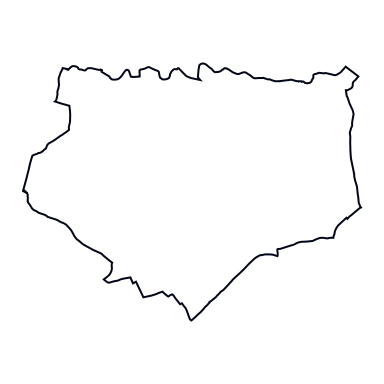 Saulia, Mures, Romania (Equal Earth projection)
{"feature_id": "2599482B86871181031429", "entity_name": "Saulia", "entity_type": "district", "adm_level": 2, "iso_a3": "ROU", "parent_name": "Romania", "parent_adm1": "Mures", "projection": "equal_earth", "projection_center": [24.211, 46.629], "detail": "fine", "context": "isolated", "style": "outline", "palette": "ink", "viewbox_px": 384, "rotation_deg": 0, "n_neighbors": 0, "source": "geoboundaries", "source_scale": "gbopen_adm2", "svg_char_len": 5754}
<svg xmlns="http://www.w3.org/2000/svg" viewBox="0 0 384 384"><path d="M361.0,207.5L360.1,206.2L358.8,203.0L358.6,201.3L358.2,197.0L357.6,193.0L357.2,188.5L356.8,186.0L355.1,180.5L354.3,176.9L354.2,174.4L354.2,173.8L353.8,173.1L353.9,172.7L351.0,158.7L350.7,155.5L350.4,150.3L350.3,146.0L350.2,143.1L350.3,136.4L350.2,135.7L349.8,132.9L350.0,131.8L350.4,130.8L350.8,128.9L351.7,126.8L352.1,126.0L352.2,125.2L352.1,124.2L352.1,122.5L353.6,114.0L352.8,110.6L352.0,108.7L351.5,107.9L350.6,105.7L349.6,103.7L347.9,98.5L347.1,96.5L346.7,96.0L345.9,90.2L347.1,90.3L348.3,89.8L349.4,89.2L350.2,88.9L351.8,87.7L352.5,86.6L352.7,85.2L352.8,83.3L353.1,82.4L353.6,81.6L354.3,80.9L355.4,80.0L358.4,76.4L345.7,66.7L340.6,72.4L338.6,73.6L336.6,74.8L335.5,75.1L334.7,75.2L327.3,73.4L325.1,73.0L324.2,73.4L319.2,72.8L318.8,72.9L318.2,73.2L317.4,73.3L316.1,73.9L315.0,74.0L313.9,74.5L313.6,74.8L313.3,75.2L313.3,76.0L313.4,77.2L313.2,78.2L312.7,78.7L312.2,79.5L312.1,80.0L311.8,80.3L311.4,81.5L311.0,82.0L310.0,82.7L308.6,83.0L307.4,83.3L306.2,83.2L304.9,82.8L304.3,82.3L303.8,81.8L303.3,81.5L302.4,81.5L301.9,81.9L301.0,81.2L298.8,81.3L298.5,81.5L297.9,81.1L296.2,81.1L292.7,80.0L291.8,79.9L291.2,79.7L290.4,79.7L289.6,80.0L286.3,80.3L284.2,80.6L280.5,81.0L280.2,81.2L279.9,81.3L279.6,81.3L279.1,81.1L276.8,81.3L275.8,81.2L274.7,81.1L272.3,80.4L269.6,79.3L268.0,79.4L267.0,79.1L266.5,78.9L266.1,78.7L264.6,78.4L263.5,77.8L262.6,78.0L259.2,78.0L255.0,78.3L253.9,78.1L252.5,77.3L250.9,75.8L246.2,72.8L245.5,72.4L243.4,72.3L238.8,74.0L237.0,74.0L235.8,73.5L233.7,72.7L232.5,72.1L230.5,70.7L228.0,69.1L227.3,68.9L226.6,68.3L226.3,68.3L225.9,68.4L225.6,68.4L225.0,68.2L224.6,68.2L223.1,69.3L222.8,69.7L222.2,69.7L222.0,69.9L221.6,70.3L221.2,70.7L220.8,71.1L218.6,71.9L216.1,72.1L214.8,72.1L214.1,71.6L212.9,70.5L212.1,69.4L211.2,68.5L209.4,67.4L206.8,65.1L205.3,64.1L203.6,63.5L201.7,63.6L200.2,64.4L199.4,65.2L199.1,66.3L198.9,68.0L198.5,69.7L198.3,72.5L197.9,77.1L198.5,78.0L200.2,80.0L190.9,78.0L188.3,77.0L187.0,76.4L186.1,75.9L183.4,73.2L178.6,68.2L177.8,68.3L177.0,69.3L174.5,69.1L174.0,69.2L171.8,71.1L170.2,73.9L169.8,76.1L169.1,77.9L167.7,78.7L165.9,79.3L164.0,79.5L162.4,79.3L160.3,77.8L159.8,76.9L159.4,75.1L159.0,72.9L158.7,71.7L158.1,71.1L157.2,70.7L154.7,69.8L151.1,68.1L150.3,67.8L149.6,67.3L148.8,67.1L148.1,67.1L144.8,68.6L143.1,69.1L140.9,69.5L140.3,69.7L139.9,70.2L139.5,70.6L139.7,76.5L133.6,77.0L130.9,76.7L130.0,74.1L129.1,71.4L128.8,70.9L128.3,70.4L127.8,70.0L127.1,69.8L126.4,69.9L125.8,70.3L124.5,71.7L121.5,76.1L120.6,77.1L118.9,78.6L117.9,79.1L116.4,79.5L115.5,79.6L113.1,79.6L111.9,79.4L110.3,78.1L109.9,77.6L109.5,76.8L109.0,76.2L107.4,75.3L103.6,73.0L101.8,72.0L101.5,71.6L101.7,70.9L102.0,70.3L101.9,70.0L100.5,69.6L100.2,70.0L97.4,69.6L92.0,68.3L89.8,68.1L87.8,68.3L86.5,69.2L85.8,70.1L84.9,70.5L83.3,70.2L82.2,69.8L81.3,69.5L79.5,69.4L78.7,69.0L78.3,68.6L78.0,67.7L77.7,67.4L76.9,66.9L76.0,66.5L74.8,66.2L73.7,66.1L72.8,66.1L71.7,66.5L69.8,68.0L68.2,69.8L66.9,69.4L67.1,69.0L62.7,68.1L62.2,69.5L61.4,71.2L60.7,72.4L58.7,78.2L58.6,79.1L58.8,82.5L59.0,84.1L58.8,86.4L58.5,87.5L58.5,88.1L57.8,89.9L57.4,91.7L57.4,93.6L57.5,94.5L56.7,98.4L56.1,100.3L55.6,101.0L55.0,101.5L61.5,103.6L69.4,105.8L69.6,107.9L69.8,109.3L70.0,111.2L70.1,113.0L70.2,114.4L70.2,115.9L70.1,118.0L70.1,120.1L70.0,122.0L68.8,127.1L69.0,129.7L68.9,130.0L67.1,131.4L62.0,135.0L60.0,136.1L55.4,139.5L52.3,141.5L50.5,142.4L48.4,143.7L47.8,144.4L47.2,145.1L46.6,146.5L46.0,148.4L45.0,149.1L43.8,150.1L43.3,150.7L41.2,152.3L39.7,152.9L38.5,153.0L36.9,153.9L34.9,154.5L32.9,155.4L32.3,155.8L30.1,163.3L28.6,170.0L27.4,174.6L26.5,178.3L23.0,191.0L25.7,192.5L25.6,191.7L26.4,192.5L27.0,192.8L27.2,193.3L27.2,193.7L27.7,194.7L27.6,195.1L27.7,195.4L27.6,196.1L27.9,198.0L27.6,200.2L27.9,201.0L27.7,201.4L28.3,202.8L28.8,203.5L30.0,205.0L31.6,207.8L32.4,208.8L33.7,210.0L36.2,211.1L38.5,212.7L40.5,213.4L45.2,215.0L47.1,216.3L47.4,216.8L56.2,219.6L57.0,219.9L58.1,220.5L59.5,221.4L61.6,222.4L63.7,223.2L65.7,224.3L66.5,225.1L68.4,227.1L70.4,229.3L71.1,230.2L72.3,232.2L74.4,236.2L76.6,239.1L79.3,241.1L82.4,243.8L84.2,245.0L93.3,250.0L99.7,252.8L100.9,253.4L102.0,254.2L104.2,256.3L109.7,260.8L112.2,262.7L111.9,263.3L111.7,264.6L111.7,266.1L111.9,267.9L111.8,269.3L111.4,271.0L111.0,272.0L110.1,273.7L109.1,275.1L107.4,276.6L103.8,279.4L106.0,281.3L108.1,282.5L109.2,282.7L114.0,281.3L117.4,280.7L119.1,280.1L119.9,279.6L122.7,278.8L130.4,277.4L133.0,283.4L136.0,281.7L143.4,297.3L151.4,295.6L155.9,294.2L159.4,292.7L162.5,291.7L164.6,293.7L167.7,296.2L168.3,296.5L168.7,296.3L169.8,295.4L172.1,294.4L172.9,294.8L173.8,295.9L175.3,298.2L180.1,304.2L182.0,303.3L183.4,305.5L185.0,307.4L185.7,308.3L186.6,310.2L189.7,318.8L190.3,319.7L191.0,320.3L191.4,320.5L195.5,316.9L197.5,314.9L200.9,311.9L204.3,308.1L204.7,307.4L206.8,305.5L209.5,302.6L209.4,302.1L211.2,300.9L216.0,297.0L217.0,295.7L218.5,294.3L220.7,291.8L223.2,290.1L226.4,286.8L231.5,281.2L232.1,280.6L232.5,279.9L237.2,275.5L239.7,273.3L243.6,269.5L249.4,263.4L251.3,261.6L253.6,259.4L255.4,257.9L257.3,256.7L260.3,255.1L261.0,255.1L261.3,255.2L262.3,255.0L264.5,254.5L265.1,254.4L268.7,254.4L271.1,254.5L272.7,254.7L274.0,255.0L276.3,255.8L277.4,256.1L277.7,254.8L277.7,252.9L277.3,250.6L277.4,249.5L277.5,249.2L277.9,249.0L280.2,248.9L291.5,245.3L293.1,244.9L294.4,244.4L296.2,243.4L297.9,242.6L299.0,242.3L301.3,241.8L306.3,241.6L310.7,241.2L312.8,240.9L314.2,240.2L316.9,239.0L318.5,238.4L320.3,237.9L321.7,237.8L324.0,237.9L326.1,238.3L327.9,238.3L330.0,237.8L333.4,237.8L333.4,236.6L334.4,234.3L334.8,231.7L335.3,230.2L336.4,228.0L337.4,226.5L338.2,225.4L346.5,217.7L346.9,218.0L347.4,218.8L349.5,216.5L351.4,215.1L353.1,213.6L355.0,212.0L359.7,208.1L361.0,207.5Z" fill="none" stroke="#020617" stroke-width="2"/></svg>